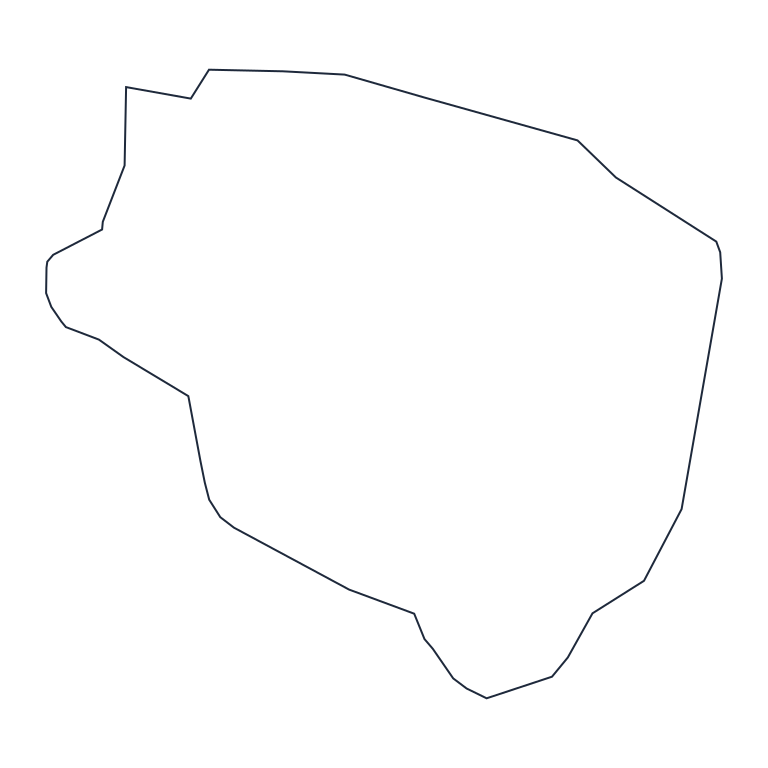 Malvik nor, Sør-Trøndelag, Norway (Albers equal-area conic projection)
{"feature_id": "86288312B32128147413448", "entity_name": "Malvik nor", "entity_type": "district", "adm_level": 2, "iso_a3": "NOR", "parent_name": "Norway", "parent_adm1": "Sør-Trøndelag", "projection": "albers", "projection_center": [10.873, 63.347], "detail": "fine", "context": "isolated", "style": "outline", "palette": "slate", "viewbox_px": 768, "rotation_deg": 0, "n_neighbors": 0, "source": "geoboundaries", "source_scale": "gbopen_adm2", "svg_char_len": 628}
<svg xmlns="http://www.w3.org/2000/svg" viewBox="0 0 768 768"><path d="M344.7,74.6L282.9,71.3L209.0,69.7L190.8,98.6L126.1,87.1L124.6,165.5L102.8,221.8L102.1,229.5L53.2,254.8L47.3,261.7L46.5,267.6L46.1,293.1L51.3,306.9L61.3,321.5L65.9,327.1L98.9,339.6L123.5,357.1L188.3,396.1L188.8,398.6L200.4,460.8L204.8,482.6L209.2,499.7L220.3,517.2L234.0,527.7L349.1,589.6L414.2,613.7L424.5,639.1L432.8,648.8L453.2,678.4L466.6,688.5L486.6,698.3L552.0,676.7L567.8,657.5L592.5,613.3L644.0,580.8L681.6,509.1L721.9,278.6L720.2,252.3L716.3,241.6L615.9,177.5L577.5,140.4L424.3,97.5L344.7,74.6Z" fill="none" stroke="#1e293b" stroke-width="2"/></svg>